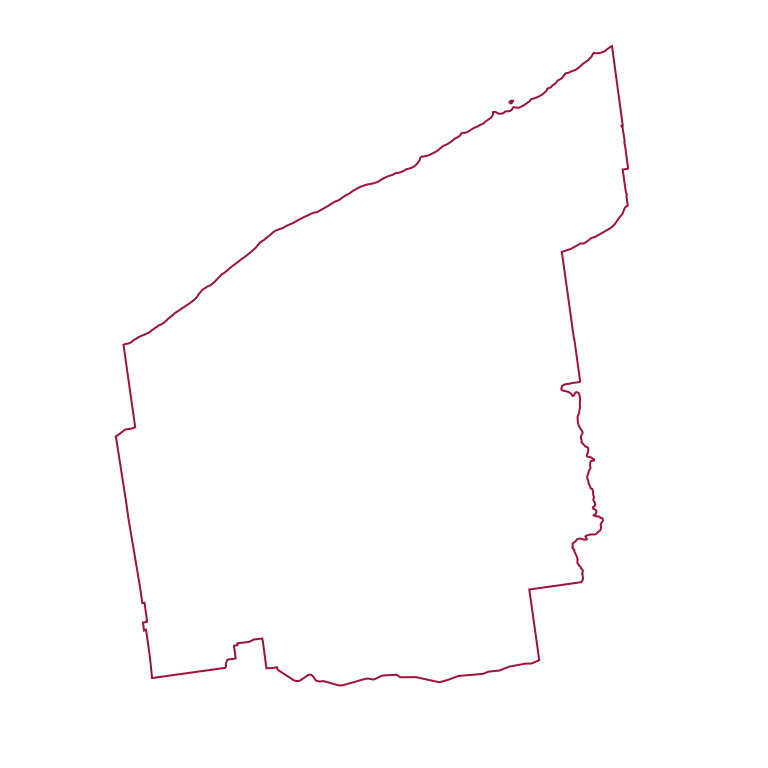 Gingin, Western Australia, Australia, rotated 82°
{"feature_id": "25037944B53188273537939", "entity_name": "Gingin", "entity_type": "district", "adm_level": 2, "iso_a3": "AUS", "parent_name": "Australia", "parent_adm1": "Western Australia", "projection": "natural_earth1", "projection_center": [115.595, -31.184], "detail": "fine", "context": "isolated", "style": "outline", "palette": "rose", "viewbox_px": 768, "rotation_deg": 82, "n_neighbors": 0, "source": "geoboundaries", "source_scale": "gbopen_adm2", "svg_char_len": 6149}
<svg xmlns="http://www.w3.org/2000/svg" viewBox="0 0 768 768"><g transform="rotate(82 384 384)"><path d="M681.3,299.2L680.6,283.4L681.3,277.2L681.2,276.3L679.0,268.6L678.1,268.7L607.7,268.7L607.7,216.2L605.6,214.5L604.5,214.1L603.4,213.8L602.6,214.0L600.7,213.9L599.6,214.3L599.1,213.8L598.2,213.8L596.9,213.0L596.0,213.2L594.2,214.4L592.2,215.0L591.2,216.0L590.7,216.0L588.7,217.2L587.5,217.4L585.2,216.8L582.9,216.8L576.0,218.8L574.4,218.7L573.9,219.5L573.1,219.8L572.4,219.8L571.9,220.1L571.2,219.6L570.5,219.8L568.5,219.5L568.2,219.3L565.9,215.5L565.1,215.1L564.3,213.6L564.3,211.7L564.8,210.1L565.5,209.0L566.1,206.8L566.1,205.4L566.0,204.9L565.8,204.7L564.7,205.2L563.0,205.7L562.6,205.4L561.8,201.5L561.8,199.6L562.3,196.6L562.3,195.7L561.8,194.4L560.7,193.2L559.2,190.6L558.2,189.6L555.2,188.9L553.3,189.0L551.7,187.9L550.4,186.7L549.7,186.3L548.9,186.2L547.4,186.4L546.9,187.8L545.1,189.6L544.5,192.5L543.4,194.6L542.8,194.2L542.8,193.3L542.5,192.6L540.0,191.4L539.1,191.3L538.6,191.5L536.5,194.2L535.9,194.4L535.4,194.3L534.6,193.4L534.2,192.4L532.8,191.5L530.6,191.9L528.4,192.7L527.5,192.8L526.9,192.7L525.8,191.9L525.2,191.8L522.9,192.2L518.0,192.1L516.9,192.4L516.2,193.5L515.9,193.9L513.4,194.3L510.4,195.3L508.5,195.1L506.5,195.7L504.0,195.7L497.8,192.7L496.1,191.2L492.5,191.2L489.9,190.4L489.2,189.9L489.0,189.6L489.0,187.0L488.7,186.7L488.0,186.5L487.6,186.7L487.0,187.7L485.7,189.0L485.2,189.8L484.5,192.0L484.1,192.9L483.7,193.2L482.3,193.0L480.9,191.9L478.8,191.0L476.0,190.8L474.8,191.4L474.0,193.3L472.1,194.4L470.1,196.0L469.1,196.5L467.2,196.1L465.9,196.5L463.6,196.4L460.7,194.5L459.9,194.1L459.0,194.1L458.1,194.4L456.0,195.6L451.6,197.1L448.7,197.3L444.5,197.1L443.0,196.7L440.2,195.1L434.5,193.2L430.0,192.7L426.5,191.9L422.4,191.9L420.8,192.2L419.8,192.7L419.1,193.7L418.9,194.8L419.0,195.3L419.8,196.3L421.8,197.6L422.1,198.2L422.0,198.9L420.9,199.4L418.3,201.3L416.4,205.0L415.1,208.4L414.6,208.9L413.6,209.1L410.9,208.0L409.8,206.1L409.8,205.2L409.5,204.4L409.5,199.3L409.2,197.5L409.3,191.1L409.2,190.2L408.9,189.4L366.3,189.3L366.0,189.3L365.9,189.6L277.9,189.5L276.2,180.0L272.2,169.9L272.6,167.3L272.4,166.0L270.6,162.2L268.6,159.1L268.2,157.8L267.7,154.4L260.9,137.4L257.9,133.3L251.6,127.5L248.8,124.2L243.7,121.4L242.7,120.5L241.8,119.2L241.2,117.8L232.5,117.8L229.8,117.2L228.1,117.7L226.7,117.8L204.8,117.8L204.8,112.9L204.3,112.3L182.9,112.1L178.3,112.4L177.5,112.3L177.0,111.9L172.4,111.9L163.2,112.1L162.4,112.7L161.4,112.9L161.4,111.6L81.1,111.2L82.0,113.6L83.8,116.9L85.0,118.4L86.0,122.1L86.3,125.0L86.2,126.6L86.0,128.1L85.3,130.2L86.6,131.5L89.0,133.2L90.0,134.7L91.3,135.9L94.5,142.3L97.3,146.3L98.8,148.9L99.6,150.6L100.6,155.4L101.5,158.0L101.7,161.1L102.0,161.5L102.6,161.8L105.3,164.6L106.4,166.3L107.8,170.0L109.3,171.3L110.0,172.4L110.9,173.4L111.8,175.8L113.3,177.3L113.7,178.6L114.2,181.1L116.1,182.1L119.1,186.5L120.1,188.6L121.7,193.5L122.5,198.7L124.6,201.0L124.9,202.0L126.2,204.0L126.4,204.7L128.2,208.6L128.6,210.4L129.0,211.0L129.1,212.1L129.0,213.6L128.0,216.8L127.9,217.3L130.2,219.4L131.0,221.1L131.3,222.3L131.0,225.7L131.4,226.7L132.1,227.5L132.4,228.4L132.6,230.2L132.6,232.0L132.2,233.0L130.0,236.0L129.8,237.4L129.9,238.2L131.6,238.4L133.3,239.2L134.5,240.1L135.5,241.6L138.1,246.8L139.7,249.0L140.2,250.4L140.9,253.2L142.2,256.1L142.4,257.6L143.6,260.9L145.6,265.0L146.4,267.6L146.5,269.7L146.1,271.8L148.4,274.1L149.6,275.8L150.4,278.2L150.7,279.5L152.6,282.4L154.7,286.5L155.8,289.5L156.3,291.6L157.3,293.7L160.3,298.4L161.0,299.9L163.6,307.4L164.3,313.3L164.0,314.8L165.1,316.6L166.8,317.3L168.1,318.2L171.1,321.4L172.4,323.2L173.3,325.3L174.1,328.7L174.4,331.8L175.9,335.4L176.1,336.6L176.5,337.6L176.9,340.7L176.8,343.4L178.0,346.0L178.6,350.1L179.9,354.7L181.2,358.3L182.6,360.9L183.4,363.9L183.5,365.6L183.9,367.0L183.8,368.1L184.1,369.2L184.0,370.6L184.2,373.8L185.5,380.3L188.3,387.7L190.6,391.9L191.9,395.8L193.3,398.4L193.6,399.5L194.8,401.3L196.0,404.5L196.4,406.6L197.2,408.8L199.5,413.7L204.5,426.4L204.6,427.3L204.4,429.1L204.9,430.8L205.2,432.9L206.0,434.3L207.0,438.2L209.7,446.2L211.8,451.2L213.5,457.5L215.5,463.0L216.9,469.5L217.5,471.1L218.8,473.5L220.2,475.3L222.9,480.0L224.8,482.9L225.4,484.6L226.3,486.0L226.6,487.1L231.5,492.4L235.1,497.9L235.5,498.8L237.6,502.0L240.8,508.3L243.3,512.4L246.2,517.9L251.6,526.5L253.0,529.6L259.7,538.1L262.2,542.4L262.9,545.3L265.3,550.4L269.0,554.8L270.6,556.0L273.0,558.5L274.4,560.6L277.6,566.4L280.0,571.3L280.3,572.2L283.9,579.3L284.3,580.4L285.0,581.8L285.6,582.4L287.2,585.0L289.6,589.1L290.1,589.6L292.3,592.8L293.9,596.1L294.4,598.3L296.3,601.9L296.9,603.6L297.4,604.1L298.4,606.3L299.0,607.1L300.9,610.6L300.9,611.6L301.1,612.8L301.8,614.1L301.9,614.9L302.4,616.5L302.3,617.2L303.1,619.2L303.3,620.2L303.7,620.7L305.9,626.3L307.1,627.8L308.0,629.8L308.4,632.4L308.3,633.9L308.8,635.6L308.8,636.5L392.2,636.4L393.1,640.8L393.1,645.9L393.3,647.0L398.0,655.3L398.5,656.8L463.7,655.8L482.0,655.8L549.5,653.9L567.3,653.8L567.3,651.6L585.6,651.6L585.6,652.2L586.7,652.2L586.7,655.9L594.8,655.9L594.2,653.8L622.2,653.8L642.9,654.6L643.0,580.7L642.1,580.1L640.8,579.6L639.8,579.7L639.4,579.4L638.2,579.2L635.2,577.5L635.2,569.1L622.3,569.0L622.3,565.4L620.4,565.3L620.6,553.5L619.3,549.4L618.9,549.1L619.1,539.9L621.2,540.0L621.3,539.8L649.1,540.0L649.7,535.2L649.7,529.3L651.3,529.3L652.7,528.5L664.5,514.9L665.4,513.6L665.9,512.2L666.2,510.2L666.0,508.4L661.7,499.8L661.4,498.6L661.5,497.7L661.9,496.6L662.7,495.7L664.5,494.5L667.5,493.1L668.1,492.6L668.7,491.8L669.7,488.9L669.7,485.9L669.9,484.9L675.9,471.4L676.4,469.7L676.6,468.3L676.5,466.0L673.3,443.1L673.6,440.4L675.0,436.3L675.2,435.1L672.7,427.1L672.5,425.7L673.6,412.9L674.0,411.6L676.3,409.1L676.8,408.0L678.7,393.2L686.5,372.2L686.9,370.3L686.9,369.1L685.9,361.8L683.5,350.9L684.8,326.8L684.6,325.4L683.5,321.1L683.4,320.1L683.8,309.7L681.3,299.2ZM121.6,219.3L121.6,219.6L122.2,219.7L122.3,220.1L122.6,219.7L123.3,220.0L123.5,219.9L123.3,219.4L123.5,219.4L123.4,219.1L123.7,218.8L123.1,217.9L122.0,217.0L121.9,216.6L122.1,216.1L121.5,216.7L121.3,217.6L121.5,218.1L121.2,218.9L121.6,219.3Z" fill="none" stroke="#9f1239" stroke-width="2"/></g></svg>